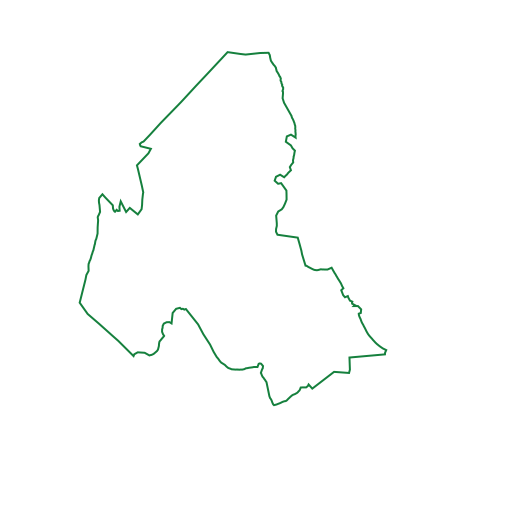 outline of Sagnerigu, Northern, Ghana, rotated 133°
{"feature_id": "2480657B87566941811639", "entity_name": "Sagnerigu", "entity_type": "district", "adm_level": 2, "iso_a3": "GHA", "parent_name": "Ghana", "parent_adm1": "Northern", "projection": "natural_earth1", "projection_center": [-0.877, 9.486], "detail": "fine", "context": "isolated", "style": "outline", "palette": "green", "viewbox_px": 512, "rotation_deg": 133, "n_neighbors": 0, "source": "geoboundaries", "source_scale": "gbopen_adm2", "svg_char_len": 5968}
<svg xmlns="http://www.w3.org/2000/svg" viewBox="0 0 512 512"><g transform="rotate(133 256 256)"><path d="M126.3,415.8L154.7,415.8L172.6,415.9L191.1,415.8L194.8,415.8L223.7,416.4L240.1,416.2L249.0,416.3L250.8,417.1L253.3,417.4L254.0,416.3L254.4,415.2L249.3,406.0L254.3,404.7L270.9,404.9L272.9,401.7L282.4,387.5L286.4,381.8L287.3,381.3L292.3,377.6L296.4,374.1L299.8,371.6L306.2,370.8L306.9,381.1L312.4,381.0L308.3,392.2L313.1,389.5L315.9,386.6L317.3,387.7L317.3,389.4L318.4,389.3L319.8,389.3L319.9,390.0L319.5,391.5L318.8,392.9L316.6,395.3L316.0,406.1L315.6,410.4L320.5,410.2L322.3,409.0L323.5,407.8L324.2,407.0L325.5,405.2L330.1,400.1L333.8,398.8L334.6,398.7L335.6,398.2L336.9,396.6L337.9,395.5L339.8,394.0L343.1,391.3L347.6,387.2L352.4,384.5L353.9,384.0L354.5,383.7L355.0,383.4L357.2,381.9L357.8,381.7L362.8,378.8L363.8,378.5L366.0,377.4L367.7,376.7L370.4,375.2L372.1,374.5L373.3,374.2L374.7,373.5L376.0,373.0L377.8,371.5L381.0,368.3L385.6,367.1L389.6,364.6L410.4,353.1L413.2,339.6L412.6,324.8L412.2,305.8L412.0,298.9L412.7,277.3L410.9,278.0L407.1,276.8L402.7,271.4L401.4,266.1L400.6,265.7L399.7,265.0L399.0,264.7L398.2,264.4L397.5,264.1L394.0,263.7L393.8,263.7L393.0,263.6L392.4,263.7L391.6,263.8L391.0,264.0L389.6,264.8L389.0,265.1L388.3,265.5L387.2,266.3L386.8,266.7L386.4,267.0L385.7,267.4L385.2,267.8L384.4,268.2L383.8,268.3L383.2,268.3L382.4,268.3L381.9,268.4L381.1,268.4L380.5,268.5L379.8,268.5L377.7,268.6L377.1,268.7L376.6,270.7L375.5,273.0L373.6,274.7L372.3,275.3L370.7,276.6L368.3,277.3L365.4,276.2L363.4,274.2L362.9,271.8L354.5,278.1L349.1,278.4L345.8,276.3L345.8,275.6L345.7,274.3L344.7,273.7L344.5,273.4L344.4,273.3L344.3,272.7L344.2,272.2L344.0,271.8L343.8,271.8L342.6,271.1L345.5,251.7L349.1,241.2L352.1,229.2L355.0,221.6L356.7,215.7L356.8,214.4L357.0,213.1L357.4,211.4L357.6,210.0L357.7,208.7L357.4,207.3L357.1,205.7L356.9,204.6L356.9,203.6L357.0,202.3L356.8,199.8L356.5,199.2L355.8,197.6L355.5,196.6L352.8,193.2L352.4,192.9L351.7,192.2L351.6,191.9L351.0,191.3L350.7,190.8L350.0,190.2L348.4,188.5L347.6,188.0L346.6,187.3L345.2,186.9L343.7,185.7L342.4,184.8L341.2,183.8L340.0,182.8L338.7,181.9L336.2,179.2L333.0,180.5L332.0,180.0L331.3,178.8L331.7,175.8L333.7,174.4L334.6,174.3L338.2,172.7L338.4,172.0L338.9,171.1L339.8,169.0L339.9,168.2L339.9,167.6L340.3,166.1L340.4,165.2L340.9,163.3L341.1,162.3L349.4,150.6L350.3,148.8L350.4,148.0L350.8,146.6L351.3,145.5L352.0,144.2L352.5,143.0L352.8,142.2L352.8,141.1L350.6,139.7L349.1,139.0L347.7,138.3L346.8,137.9L344.6,137.1L342.9,136.2L341.8,135.3L340.6,135.0L338.8,135.0L337.3,134.9L335.5,134.8L333.5,134.6L332.1,134.2L330.6,133.4L329.3,133.0L328.5,132.7L327.2,132.5L326.0,132.6L324.9,132.5L323.9,132.7L321.7,133.6L320.4,132.4L317.9,129.7L315.6,129.4L314.1,129.9L314.6,124.4L287.5,119.9L278.1,108.2L275.1,109.8L269.3,115.6L266.5,118.4L240.0,94.6L238.8,95.6L236.0,96.6L237.1,100.2L237.6,103.6L237.7,104.8L237.8,105.5L237.8,106.2L237.8,106.6L237.9,107.1L237.9,108.1L237.9,109.6L237.7,111.9L237.6,113.4L237.4,114.7L237.3,116.0L237.2,117.3L237.0,119.1L236.8,120.1L236.6,121.1L236.2,122.4L235.7,124.0L235.3,125.0L234.7,126.6L234.3,127.7L233.8,129.3L233.4,130.2L233.2,130.8L232.7,132.5L232.2,133.8L231.6,135.0L231.3,135.6L230.8,136.5L230.4,137.6L229.9,138.8L229.4,139.8L228.9,140.6L228.3,141.3L228.1,141.5L226.2,140.5L223.3,142.7L223.1,147.3L225.8,150.2L224.5,150.1L225.3,153.2L224.7,153.9L223.7,154.4L224.6,156.9L224.3,157.6L223.7,159.4L223.6,159.8L223.4,160.2L222.7,161.5L225.5,162.8L225.2,165.5L222.9,170.3L220.0,170.1L219.3,172.4L218.1,175.2L217.4,177.7L217.1,178.8L216.9,179.7L216.7,180.5L216.3,181.8L216.0,182.7L215.8,183.6L215.3,185.0L215.0,186.1L214.9,186.7L214.8,187.1L214.6,187.6L214.2,189.0L213.0,192.7L217.2,194.5L220.6,198.3L221.6,199.6L222.8,200.3L224.2,201.2L225.1,202.0L226.4,203.9L226.9,205.3L227.3,206.6L227.7,208.1L228.0,209.2L228.3,210.0L228.4,210.7L228.5,211.5L228.7,212.1L228.8,212.6L229.1,212.9L229.3,213.2L223.4,223.4L221.2,226.4L217.6,232.2L214.1,238.0L225.8,254.8L224.6,257.9L222.6,259.7L219.8,261.3L217.9,263.1L212.7,268.8L208.3,270.1L204.3,269.0L201.6,269.3L197.9,270.5L193.9,272.1L189.7,276.1L187.4,278.4L185.6,287.3L188.1,289.1L188.2,293.7L184.4,295.4L180.1,293.8L179.2,289.1L177.2,289.1L176.5,289.0L175.9,289.0L175.4,288.9L174.9,288.9L174.1,289.1L173.7,289.1L172.1,289.1L171.2,289.0L170.5,289.0L169.5,288.9L167.9,291.9L165.3,292.4L162.2,292.6L161.9,293.0L161.4,293.5L161.0,294.0L160.5,294.4L159.2,295.1L158.7,295.4L158.3,295.7L157.8,296.2L157.2,296.4L156.8,296.7L156.1,297.0L155.7,297.3L154.4,298.2L153.3,298.9L152.7,299.2L152.4,299.4L152.3,302.7L151.3,305.9L152.1,312.1L147.5,315.0L143.4,313.2L142.4,307.8L141.6,308.7L141.0,309.2L140.0,309.9L139.4,310.6L138.9,311.1L138.3,311.9L137.0,313.0L136.1,314.2L135.6,314.6L135.1,315.0L134.6,315.5L133.9,316.3L133.6,317.0L133.1,317.8L132.6,318.5L132.3,319.1L131.9,320.0L131.5,320.7L130.8,322.4L130.6,323.0L130.4,323.8L130.0,324.5L129.8,325.0L129.4,325.4L124.8,340.0L122.5,344.1L118.7,347.1L117.5,348.3L117.4,348.8L117.2,348.9L117.2,349.1L116.9,349.2L116.8,349.4L116.3,349.6L115.9,349.8L115.3,350.0L115.0,350.4L114.7,350.7L114.2,351.1L114.1,351.4L114.1,352.1L113.9,352.6L113.7,352.8L113.6,353.1L113.3,353.4L112.9,353.6L112.6,354.5L112.4,354.8L112.2,355.4L112.0,355.6L111.7,355.8L111.3,356.4L111.1,357.3L110.9,357.7L110.2,358.3L109.7,358.6L109.4,358.8L109.2,359.0L108.9,359.9L108.7,360.1L108.7,360.3L108.5,360.7L108.5,361.2L108.4,361.4L108.4,361.7L108.1,362.2L107.6,363.5L107.2,364.9L107.0,365.3L107.0,365.6L106.9,366.1L106.8,366.6L106.5,367.2L106.5,367.4L106.1,367.8L105.9,368.1L105.6,368.5L105.5,368.9L104.8,369.7L104.8,369.9L104.7,370.1L104.5,370.7L104.2,372.1L104.1,373.8L104.0,374.2L103.9,374.4L103.9,374.6L103.8,374.8L103.8,375.0L103.7,375.3L103.7,375.6L103.6,375.8L103.6,376.1L103.5,376.4L103.1,377.9L103.1,378.0L103.0,378.3L102.8,378.6L101.2,381.0L100.9,381.4L100.7,381.7L100.5,381.8L99.8,382.8L99.7,382.9L98.8,385.4L104.7,391.4L115.8,401.0L119.1,405.5L125.5,414.7L126.3,415.8Z" fill="none" stroke="#15803d" stroke-width="2"/></g></svg>